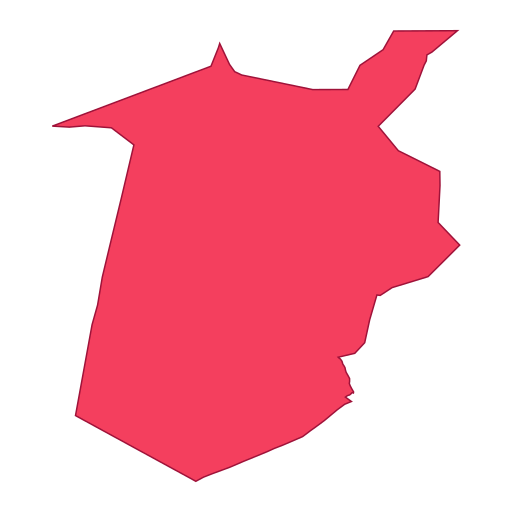 San Miguel Aloápam, Oaxaca, Mexico
{"feature_id": "50627088B87318974422234", "entity_name": "San Miguel Aloápam", "entity_type": "district", "adm_level": 2, "iso_a3": "MEX", "parent_name": "Mexico", "parent_adm1": "Oaxaca", "projection": "albers", "projection_center": [-96.687, 17.434], "detail": "fine", "context": "isolated", "style": "filled", "palette": "rose", "viewbox_px": 512, "rotation_deg": 0, "n_neighbors": 0, "source": "geoboundaries", "source_scale": "gbopen_adm2", "svg_char_len": 1127}
<svg xmlns="http://www.w3.org/2000/svg" viewBox="0 0 512 512"><path d="M219.7,43.5L218.4,47.7L211.0,66.2L52.3,126.1L69.4,127.1L85.0,125.8L111.4,127.8L133.9,144.9L121.3,198.3L110.0,245.0L102.3,277.1L97.6,305.0L92.1,324.6L75.5,415.6L175.0,469.9L189.7,477.9L195.8,481.3L203.6,477.1L212.0,473.8L229.9,467.2L243.4,461.4L267.3,451.6L274.1,448.5L283.1,445.0L302.6,436.6L310.7,430.5L315.6,427.0L324.4,420.5L337.2,409.8L344.6,404.3L351.4,401.5L345.4,397.1L346.7,396.1L348.0,395.4L349.5,395.0L350.6,394.2L351.9,392.8L352.4,392.7L353.4,393.0L353.6,392.0L352.7,390.4L351.6,388.5L350.2,385.8L349.3,383.5L349.6,381.5L349.6,378.6L348.3,376.1L346.1,372.2L345.5,370.2L345.0,367.7L344.2,366.2L342.8,364.1L342.0,361.3L340.4,359.0L339.3,358.3L338.2,357.2L354.8,353.3L364.7,342.7L369.7,319.7L376.9,295.0L380.2,295.4L392.1,287.6L428.1,276.6L459.7,245.1L438.1,222.5L440.0,185.5L439.8,171.4L398.3,150.7L378.2,126.3L415.1,89.1L424.1,65.1L426.3,60.9L426.9,54.9L431.9,52.1L457.4,30.7L393.7,31.0L383.1,49.7L360.0,65.3L347.9,89.5L312.7,89.6L241.7,75.0L238.2,73.3L234.7,71.7L229.5,64.4L219.7,43.5Z" fill="#f43f5e" stroke="#9f1239" stroke-width="1.5"/></svg>